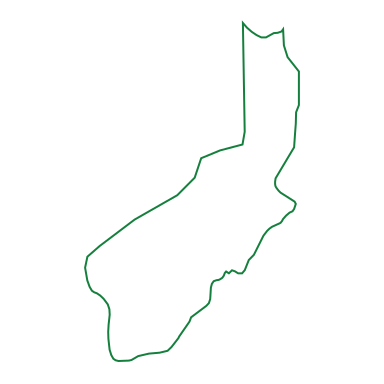 the Prefecture of Tougué
{"feature_id": "GIN-5658", "entity_name": "Tougué", "entity_type": "Prefecture", "adm_level": 1, "iso_a3": "GIN", "parent_name": "Guinea", "parent_adm1": "", "projection": "equal_earth", "projection_center": [-11.475, 11.52], "detail": "fine", "context": "isolated", "style": "outline", "palette": "green", "viewbox_px": 384, "rotation_deg": 0, "n_neighbors": 0, "source": "natural_earth", "source_scale": "10m", "svg_char_len": 1316}
<svg xmlns="http://www.w3.org/2000/svg" viewBox="0 0 384 384"><path d="M242.9,23.0L246.9,27.6L251.7,31.8L256.6,35.1L261.3,37.4L266.0,37.4L273.8,33.1L277.7,32.8L281.5,31.5L283.1,29.3L283.9,45.4L287.6,57.2L298.9,71.5L298.9,91.2L298.9,105.1L296.1,112.3L295.8,123.6L295.1,132.8L294.1,147.3L275.6,178.3L275.1,181.7L275.1,184.0L275.4,185.9L276.0,187.2L276.9,188.5L278.6,190.7L280.5,192.6L294.6,201.6L295.8,203.9L294.1,209.0L292.5,211.3L289.6,212.6L286.1,215.6L283.1,219.0L281.9,221.2L280.5,222.9L272.0,226.8L269.5,228.6L267.2,230.8L263.5,235.6L253.9,254.8L248.8,260.0L244.8,270.1L242.1,273.3L238.1,273.3L234.9,271.3L232.0,270.3L228.9,273.3L226.1,271.5L224.8,273.0L223.8,275.7L222.3,277.8L220.2,279.2L218.7,279.9L216.5,280.2L213.7,281.2L211.9,283.8L210.9,287.6L210.2,299.1L208.9,303.1L206.4,305.8L191.1,317.3L189.5,321.6L179.1,336.6L178.5,338.0L171.6,346.9L167.6,350.8L159.6,352.7L149.0,353.6L138.2,356.1L131.5,360.0L128.9,360.6L118.5,361.0L115.7,360.3L113.4,358.8L111.3,355.1L109.6,349.7L108.4,338.7L108.2,331.8L108.6,324.7L109.7,314.7L109.4,309.3L107.8,304.4L103.7,298.9L100.3,295.6L96.9,293.3L94.2,292.3L91.9,290.7L89.6,286.8L87.3,280.4L85.1,267.7L87.4,256.7L99.8,245.9L134.6,219.6L177.3,195.2L194.7,177.7L201.2,158.2L220.1,150.4L242.5,144.5L244.7,131.8L242.9,23.0Z" fill="none" stroke="#15803d" stroke-width="2"/></svg>